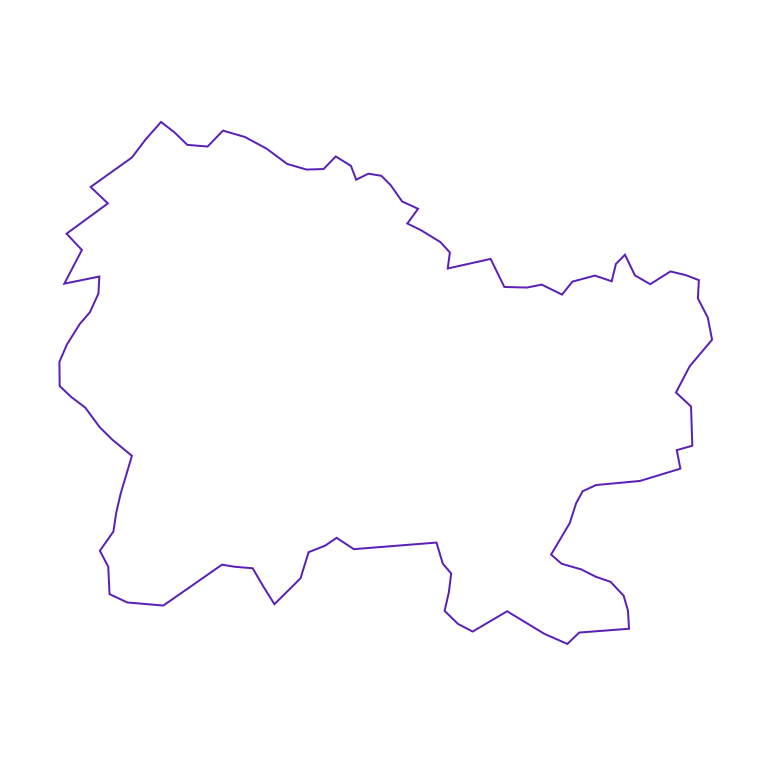 the district of Sede Nova, Rio Grande do Sul, Brazil, rotated 183°
{"feature_id": "56859067B54570666253245", "entity_name": "Sede Nova", "entity_type": "district", "adm_level": 2, "iso_a3": "BRA", "parent_name": "Brazil", "parent_adm1": "Rio Grande do Sul", "projection": "albers", "projection_center": [-53.96, -27.642], "detail": "fine", "context": "isolated", "style": "outline", "palette": "violet", "viewbox_px": 768, "rotation_deg": 183, "n_neighbors": 0, "source": "geoboundaries", "source_scale": "gbopen_adm2", "svg_char_len": 1463}
<svg xmlns="http://www.w3.org/2000/svg" viewBox="0 0 768 768"><g transform="rotate(183 384 384)"><path d="M103.8,511.4L123.4,497.6L139.1,505.6L150.1,525.7L158.7,516.0L162.0,498.5L179.1,503.3L201.2,496.1L210.9,482.6L231.7,491.5L246.2,487.8L268.9,487.2L284.1,514.5L326.4,502.7L325.1,518.8L335.0,528.6L355.1,539.5L369.1,545.5L359.2,560.7L375.5,567.3L387.9,583.1L397.6,591.8L410.6,593.2L422.5,586.6L428.4,600.1L444.1,608.7L455.6,595.5L472.6,594.1L492.2,598.7L513.8,613.0L535.9,623.4L558.1,628.6L572.6,611.9L592.9,612.5L606.4,624.3L620.4,634.0L635.1,615.4L647.6,597.0L687.3,565.4L669.2,549.9L708.9,517.5L692.7,502.0L708.5,467.5L673.9,476.4L673.9,459.4L681.5,440.2L690.9,428.1L702.7,406.9L709.3,389.1L707.8,365.0L695.6,354.6L681.1,344.8L665.6,325.9L652.3,314.1L632.0,299.1L641.2,260.9L644.7,241.1L646.5,222.5L659.0,202.6L649.8,187.1L647.1,159.8L629.0,152.4L592.8,151.2L536.3,195.1L523.8,193.7L505.5,193.1L493.8,175.3L481.9,158.4L457.2,185.6L450.5,212.1L434.3,219.5L423.3,227.9L405.5,217.5L323.3,228.4L315.9,207.7L307.0,198.3L308.3,179.6L311.6,160.6L297.6,148.3L282.5,141.4L249.2,163.5L210.8,142.9L187.3,134.0L176.1,146.0L126.5,152.4L128.5,170.5L133.6,185.1L147.4,198.3L162.4,202.6L177.4,209.2L197.3,213.8L208.2,222.4L191.2,254.9L185.9,275.0L180.0,287.3L167.0,294.2L123.3,300.6L83.6,315.0L88.2,333.3L72.9,338.5L76.2,377.6L92.0,390.8L79.6,417.8L58.7,445.4L64.1,467.2L75.0,485.9L75.0,504.2L88.3,508.5L103.8,511.4Z" fill="none" stroke="#5b21b6" stroke-width="2"/></g></svg>